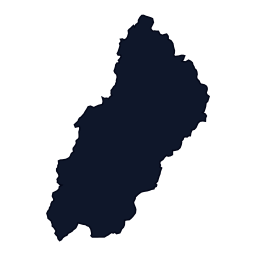 outline of Santa Tereza de Goiás, Goiás, Brazil
{"feature_id": "56859067B61245198999160", "entity_name": "Santa Tereza de Goiás", "entity_type": "district", "adm_level": 2, "iso_a3": "BRA", "parent_name": "Brazil", "parent_adm1": "Goiás", "projection": "mercator", "projection_center": [-48.989, -13.559], "detail": "fine", "context": "isolated", "style": "filled", "palette": "ink", "viewbox_px": 256, "rotation_deg": 0, "n_neighbors": 0, "source": "geoboundaries", "source_scale": "gbopen_adm2", "svg_char_len": 3755}
<svg xmlns="http://www.w3.org/2000/svg" viewBox="0 0 256 256"><path d="M124.3,224.9L124.6,220.3L126.9,219.8L129.3,219.6L130.9,218.3L132.9,216.2L135.3,212.9L135.7,209.6L135.3,207.9L134.4,205.6L133.8,204.1L133.4,202.1L134.3,200.3L135.1,198.7L135.2,197.1L137.9,194.4L139.3,193.3L141.3,191.9L144.1,191.2L147.3,190.7L149.7,190.0L151.3,189.3L153.9,188.8L154.4,187.2L156.2,186.4L156.7,184.9L155.3,183.3L157.4,181.4L158.2,178.6L159.0,176.0L159.9,173.8L160.2,171.8L160.8,170.0L161.6,168.0L159.8,166.8L160.4,165.1L159.7,163.6L160.0,161.4L162.9,159.4L164.6,157.0L166.7,155.3L168.1,156.1L170.3,155.7L172.4,154.6L172.4,152.4L172.6,150.5L174.7,150.3L177.8,149.6L180.0,147.7L181.1,144.8L181.5,142.7L181.4,141.0L183.0,139.4L183.4,137.9L184.5,136.7L187.2,136.9L188.7,135.6L190.3,135.7L190.7,132.9L191.9,130.0L194.3,129.2L195.9,127.5L197.9,123.1L199.9,121.2L202.7,120.8L205.4,121.2L205.5,117.9L206.4,116.0L205.3,114.1L203.9,113.3L202.5,112.5L204.0,111.3L205.0,108.3L205.5,106.5L205.9,103.1L207.7,101.1L209.1,96.4L206.9,94.7L206.1,92.6L207.1,89.8L207.1,88.0L206.4,86.3L204.5,85.0L202.6,84.5L200.9,84.2L199.7,82.8L199.1,81.1L198.0,80.0L196.7,78.4L196.6,76.3L197.1,74.4L196.8,72.0L196.1,70.1L194.4,68.6L194.0,67.0L192.8,64.9L192.3,62.8L190.7,61.3L188.6,60.2L185.6,61.9L183.8,61.7L182.0,61.2L183.6,58.8L184.0,57.4L184.7,55.8L183.2,55.4L181.4,55.4L178.9,56.1L176.4,56.4L174.5,56.6L173.6,54.6L174.2,53.2L174.4,50.6L173.4,47.0L172.8,43.6L171.9,42.1L170.9,40.7L169.5,40.0L168.2,39.3L168.1,36.2L166.6,34.1L164.6,34.6L162.3,35.3L159.9,34.3L158.4,31.3L156.1,31.3L154.6,31.0L152.8,31.3L151.3,29.7L150.6,28.0L151.4,26.4L152.4,24.5L153.4,22.4L152.9,20.4L152.5,18.7L151.0,18.0L148.3,17.1L145.8,16.4L143.6,15.4L141.8,15.5L140.1,17.4L138.5,20.2L138.5,22.5L137.3,23.6L136.0,24.5L134.6,27.1L133.5,25.5L132.1,26.8L130.6,28.4L129.3,29.3L128.3,30.5L128.7,33.4L127.6,37.0L126.3,38.9L124.0,40.0L122.5,39.0L120.5,39.3L121.4,41.2L119.6,43.6L120.2,45.5L119.5,48.0L118.7,50.4L118.2,51.9L117.3,53.5L118.1,55.0L120.5,55.1L121.2,56.7L120.0,58.6L118.4,60.3L119.2,61.6L118.8,63.1L117.0,63.1L115.8,64.9L115.6,66.6L114.9,69.0L114.2,70.9L115.0,72.7L116.8,74.4L117.3,77.1L116.5,80.3L116.6,81.9L115.9,83.3L115.4,85.3L113.8,86.7L112.3,89.1L111.2,90.3L111.3,91.9L111.1,93.4L111.8,95.5L109.9,97.0L108.5,98.8L106.7,98.2L104.3,98.5L102.3,97.4L103.0,99.8L103.2,101.9L102.4,104.5L98.7,105.4L95.5,106.8L93.9,107.7L90.5,106.2L88.2,106.8L86.7,109.5L85.2,111.8L84.1,113.8L82.4,115.7L81.3,117.0L79.6,118.1L78.7,119.5L78.1,121.3L76.3,122.9L74.4,124.7L75.4,127.1L77.5,126.6L79.2,126.2L79.9,128.1L79.6,130.0L79.0,131.9L79.2,134.9L79.2,137.3L78.6,138.8L77.1,139.9L76.1,141.0L76.5,143.0L75.7,145.0L74.3,146.9L73.3,148.2L73.2,149.8L73.9,151.7L72.2,152.8L71.2,154.0L70.4,156.2L69.4,157.6L67.9,158.5L66.0,159.4L64.2,159.7L62.3,160.0L60.4,160.1L58.5,160.9L58.8,163.7L57.9,165.6L57.9,167.5L56.7,168.8L56.7,171.0L58.7,174.2L59.2,176.3L58.0,178.1L57.1,179.3L57.6,180.7L57.4,182.3L58.7,183.3L59.7,184.5L61.8,185.1L59.4,186.7L59.1,188.9L57.4,190.7L55.8,191.6L53.1,192.9L52.4,196.1L53.0,197.5L53.9,199.0L53.6,201.0L52.0,201.9L51.0,204.1L50.9,205.8L49.6,207.7L49.3,209.5L48.0,211.0L46.9,213.4L47.7,215.8L48.1,218.3L49.5,219.4L51.3,221.0L51.8,222.7L52.4,224.4L52.3,226.1L53.8,227.3L54.7,228.7L56.2,230.9L55.0,233.4L56.3,235.1L57.6,236.3L58.1,238.8L59.6,240.6L61.4,239.6L62.6,237.7L64.7,236.1L66.9,235.2L68.1,233.2L70.1,232.3L72.3,230.9L73.2,229.7L74.6,228.8L75.8,227.7L76.8,225.7L78.1,222.8L80.3,223.4L83.2,224.2L85.5,224.5L87.2,225.6L89.2,226.3L90.8,228.8L91.3,230.8L91.7,232.8L91.8,234.4L91.0,235.7L92.3,237.0L104.4,236.9L106.5,235.6L108.3,234.7L109.8,233.5L111.5,232.4L113.2,233.0L114.9,232.1L116.5,233.6L118.2,233.2L119.8,232.8L120.6,231.3L121.5,229.1L123.4,227.1L124.3,224.9Z" fill="#0f172a" stroke="#020617" stroke-width="1.5"/></svg>